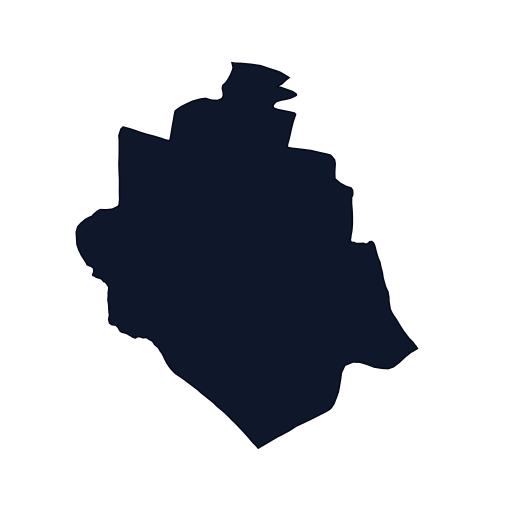 the district of Ba Phnum, Prey Vêng, Cambodia, rotated 15°
{"feature_id": "14789045B90581067324200", "entity_name": "Ba Phnum", "entity_type": "district", "adm_level": 2, "iso_a3": "KHM", "parent_name": "Cambodia", "parent_adm1": "Prey Vêng", "projection": "albers", "projection_center": [105.415, 11.288], "detail": "fine", "context": "isolated", "style": "filled", "palette": "ink", "viewbox_px": 512, "rotation_deg": 15, "n_neighbors": 0, "source": "geoboundaries", "source_scale": "gbopen_adm2", "svg_char_len": 3842}
<svg xmlns="http://www.w3.org/2000/svg" viewBox="0 0 512 512"><g transform="rotate(15 256 256)"><path d="M301.8,139.3L297.5,139.3L291.2,139.6L281.8,139.9L271.5,141.3L263.0,142.6L259.3,142.9L257.9,142.4L257.6,139.9L257.6,132.8L257.2,124.1L257.1,116.8L257.6,109.0L256.3,108.0L251.4,108.1L245.7,108.5L238.7,108.9L234.5,108.4L233.4,106.1L235.2,102.0L239.7,99.0L243.8,97.1L248.2,94.7L252.0,91.7L253.4,90.3L253.0,89.2L248.9,87.7L241.4,87.1L236.1,86.7L233.6,87.0L233.5,85.7L236.3,83.2L237.5,81.3L239.7,77.8L241.8,75.2L238.7,74.2L231.9,72.3L227.2,71.9L219.2,71.5L211.1,71.0L201.5,72.1L191.8,73.8L185.3,75.3L182.8,75.5L183.6,77.0L185.2,80.0L185.2,82.5L184.6,87.4L183.3,92.7L181.9,96.6L179.7,100.0L180.1,102.8L182.2,107.1L183.0,110.0L182.3,112.8L178.6,115.7L172.7,117.0L166.5,116.8L162.1,118.6L159.7,119.9L154.3,123.2L149.3,127.4L145.1,131.1L141.9,134.8L140.4,136.9L140.5,139.2L140.8,143.1L141.2,146.9L141.6,151.9L142.1,157.0L142.6,162.2L142.9,165.8L142.4,167.1L138.6,167.3L133.5,166.9L126.1,166.7L118.6,166.8L111.6,166.5L105.2,166.0L101.4,165.8L97.4,165.8L94.2,165.8L92.7,168.4L92.5,172.8L92.4,175.2L94.1,180.0L95.9,186.7L97.8,194.0L99.8,202.6L102.3,210.9L104.3,217.1L106.3,224.6L106.8,226.7L107.9,230.6L109.7,236.8L110.5,242.0L110.0,243.7L105.0,248.0L99.1,250.2L93.5,251.5L91.3,253.6L89.3,256.5L88.5,257.5L87.3,260.1L85.1,261.7L81.8,264.8L78.3,269.8L76.3,273.8L76.2,277.1L76.1,279.2L78.3,285.8L80.2,291.4L83.2,295.8L87.4,300.7L91.3,304.2L94.0,306.7L95.0,308.1L96.3,308.4L99.6,308.7L101.9,309.7L103.0,311.3L103.3,312.8L103.4,314.3L103.0,316.1L103.5,317.1L104.7,317.0L106.8,317.7L109.1,318.0L110.9,317.8L113.1,318.4L115.5,320.1L117.0,320.2L118.8,321.3L119.9,322.3L121.8,324.0L122.4,326.5L122.8,330.2L123.6,332.3L124.1,335.7L124.7,337.6L126.2,341.0L127.4,344.6L128.5,348.1L129.7,350.7L130.1,355.4L131.9,358.7L134.6,359.7L136.5,359.4L138.3,359.1L140.7,360.3L142.1,361.5L143.7,363.3L145.5,364.2L147.4,364.3L148.9,364.2L150.4,364.3L151.7,364.4L153.6,365.0L156.3,365.7L157.8,366.2L160.6,366.5L161.5,365.6L162.5,364.6L164.5,364.1L166.5,364.1L167.9,364.3L171.0,363.1L172.7,363.5L174.8,364.4L176.4,364.5L178.2,365.2L179.6,366.4L180.9,367.7L183.2,368.8L185.2,369.6L186.8,371.2L188.3,372.7L190.4,374.3L191.9,375.9L194.9,379.5L195.6,380.2L197.5,382.3L200.0,384.6L203.2,387.1L205.3,388.4L207.6,389.8L209.0,390.5L212.0,391.5L215.0,392.5L218.1,393.6L221.9,395.2L225.3,396.5L230.1,398.5L234.2,400.1L238.2,402.2L242.1,403.9L245.7,405.5L249.3,407.0L253.4,408.9L257.5,411.3L261.8,413.2L265.6,415.0L269.1,416.9L272.3,418.7L275.7,420.8L278.4,422.2L281.9,424.3L284.8,426.1L287.0,427.4L289.5,429.0L292.8,431.1L295.6,432.9L299.0,435.4L301.9,437.3L304.5,438.7L306.8,440.3L307.9,441.0L315.1,433.7L323.5,425.1L326.3,422.7L333.1,416.3L338.9,409.9L352.0,398.8L364.3,387.7L366.4,385.5L367.9,383.3L369.5,378.6L370.2,372.2L370.7,365.9L370.1,358.7L369.6,353.2L368.7,346.6L369.7,340.9L370.1,338.6L377.2,333.2L384.0,331.7L391.3,331.9L399.0,332.7L407.1,331.8L412.8,330.6L417.3,327.6L421.7,322.0L424.1,318.1L426.2,314.8L426.7,313.9L427.6,312.9L428.9,311.1L430.8,308.6L432.4,307.2L433.6,305.9L434.5,304.9L435.9,303.6L434.8,302.7L433.8,301.7L432.4,300.8L430.4,299.1L428.6,298.0L425.0,295.9L421.1,292.9L417.2,289.8L412.2,285.2L408.0,281.1L402.6,276.4L399.4,272.7L396.2,265.5L394.9,261.2L393.5,258.3L392.7,256.5L389.4,252.6L386.6,248.0L384.5,244.4L382.3,239.3L379.4,234.2L377.2,229.8L374.7,226.7L371.9,222.3L370.6,220.0L369.5,218.0L367.8,215.1L366.3,213.2L364.2,212.0L362.3,212.7L360.9,214.7L360.5,215.5L358.7,216.2L356.5,215.9L353.6,216.9L349.6,218.0L346.7,217.5L344.9,218.3L343.6,217.2L342.7,215.8L342.9,214.9L342.4,211.6L342.0,206.6L340.8,200.1L339.0,193.4L337.3,187.9L334.5,179.9L333.2,174.8L333.6,171.7L332.2,167.3L330.2,165.7L324.5,165.4L318.1,163.8L312.2,160.9L310.4,155.0L308.6,146.3L307.0,142.8L303.6,140.3L301.8,139.3Z" fill="#0f172a" stroke="#020617" stroke-width="1.5"/></g></svg>